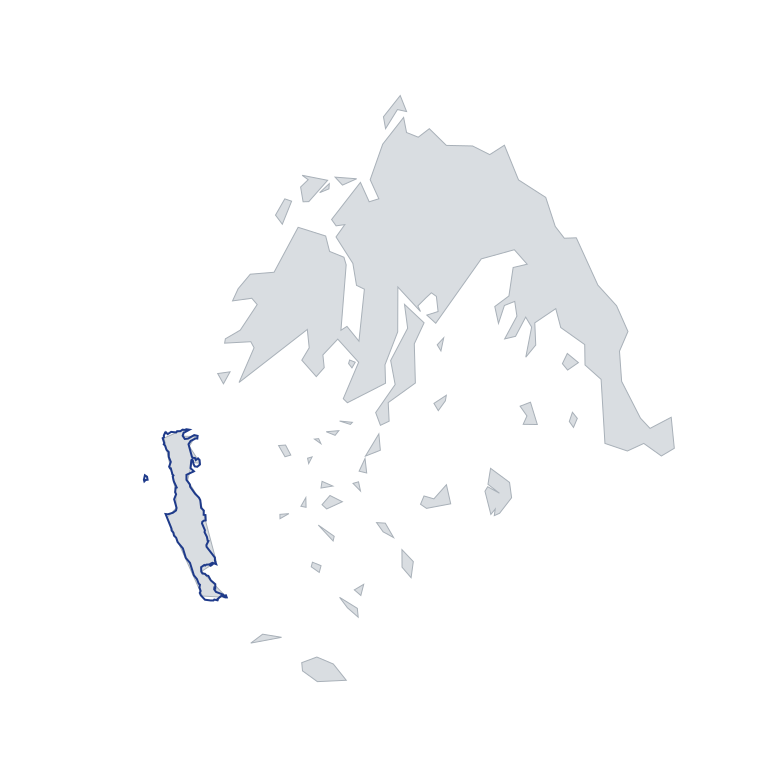 Kriti on a map of Greece (Robinson projection), rotated 70°
{"feature_id": "GRC-2990", "entity_name": "Kriti", "entity_type": "Region", "adm_level": 1, "iso_a3": "GRC", "parent_name": "Greece", "parent_adm1": "", "projection": "robinson", "projection_center": [24.784, 35.251], "detail": "medium", "context": "in_parent", "style": "outline", "palette": "blue", "viewbox_px": 768, "rotation_deg": 70, "n_neighbors": 0, "source": "natural_earth", "source_scale": "10m", "svg_char_len": 5664}
<svg xmlns="http://www.w3.org/2000/svg" viewBox="0 0 768 768"><g transform="rotate(70 384 384)"><path d="M513.5,125.5L543.7,133.2L546.5,148.0L528.7,160.2L530.2,178.2L515.4,196.7L453.9,178.4L434.9,188.6L415.6,181.9L391.4,198.6L371.9,196.8L378.1,221.4L399.3,228.1L407.3,241.6L381.0,225.8L369.6,228.0L384.2,244.1L382.9,255.2L365.7,235.9L351.1,232.9L351.4,244.0L366.2,255.7L349.1,253.4L344.0,236.5L318.7,222.8L320.4,208.5L302.4,215.6L299.7,249.8L344.6,314.6L333.9,320.2L334.4,308.4L319.6,304.8L314.5,308.3L317.3,315.0L322.2,325.5L328.4,324.9L297.6,337.8L339.7,353.3L366.3,376.5L383.8,382.3L389.1,424.8L383.9,427.3L354.9,400.4L326.0,412.1L335.8,431.5L348.2,434.6L353.9,445.1L333.5,453.1L324.4,441.9L306.5,437.4L333.0,519.7L305.5,493.7L298.7,494.7L291.1,519.8L287.3,517.6L284.2,500.6L266.0,476.0L258.2,478.9L254.1,497.9L244.6,488.5L235.1,472.1L241.4,449.1L207.4,411.1L225.0,388.2L240.8,389.8L251.2,378.3L259.1,378.8L318.8,406.1L317.2,399.1L335.2,392.9L288.2,370.0L281.9,376.1L260.0,372.0L229.4,378.8L220.8,366.3L219.0,374.9L211.5,377.0L186.5,337.2L207.7,335.6L208.2,325.5L187.3,327.1L158.2,303.2L140.2,274.4L155.4,276.8L163.8,267.4L159.6,254.1L181.1,243.8L190.6,219.4L204.6,206.2L200.8,189.2L238.2,187.8L264.0,168.2L294.5,169.2L308.7,164.7L312.4,153.3L364.3,149.2L390.0,138.7L418.1,136.8L433.7,151.5L462.8,159.8L503.8,154.7L516.7,149.2L513.5,125.5ZM375.9,588.3L395.6,583.8L392.0,591.3L407.4,601.5L430.4,596.6L493.7,602.3L497.6,619.3L530.7,604.9L521.1,627.2L435.3,633.5L429.6,621.9L414.2,616.5L359.6,609.2L358.2,588.3L364.7,589.9L368.7,579.3L375.9,588.3ZM340.2,325.4L356.6,341.8L393.8,354.2L402.9,386.4L420.7,391.9L421.6,401.5L408.0,401.6L388.3,373.7L364.2,369.7L339.7,342.7L316.2,337.5L340.2,325.4ZM534.5,303.0L545.0,319.6L545.4,325.4L539.5,322.2L543.1,328.2L519.3,325.8L516.0,321.7L526.1,312.9L513.8,320.6L499.7,312.7L519.4,299.7L534.5,303.0ZM625.7,558.7L617.7,556.6L617.6,540.5L629.8,527.4L649.5,520.8L640.9,548.4L625.7,558.7ZM515.4,386.6L509.5,390.8L502.9,384.7L509.0,376.4L500.0,359.8L519.4,362.3L515.4,386.6ZM173.3,367.3L186.9,392.3L185.1,397.7L170.4,395.0L166.1,385.4L159.9,389.5L173.3,367.3ZM144.6,295.2L132.7,293.1L118.5,270.1L135.7,269.6L130.7,277.5L144.6,295.2ZM474.5,253.8L469.5,267.0L462.9,260.6L451.4,263.7L451.2,252.6L474.5,253.8ZM560.9,417.2L575.3,424.8L562.3,429.7L545.8,423.8L560.9,417.2ZM433.7,206.7L425.9,209.4L418.0,201.3L430.4,194.0L433.7,206.7ZM180.6,408.3L199.1,424.9L188.2,428.2L176.1,413.9L180.6,408.3ZM481.8,480.6L476.2,483.5L470.3,472.9L480.4,463.4L481.8,480.6ZM445.0,410.1L445.4,426.1L429.1,405.9L445.0,410.1ZM587.0,566.9L581.9,597.8L577.6,583.6L587.0,566.9ZM182.9,355.0L172.9,359.2L181.8,339.5L182.9,355.0ZM328.9,534.8L317.3,536.7L319.9,524.5L328.9,534.8ZM569.3,498.7L585.7,485.8L594.3,488.0L581.8,494.9L569.3,498.7ZM511.7,438.4L515.2,430.4L531.6,427.5L522.6,435.4L511.7,438.4ZM462.4,467.0L460.2,478.8L454.3,475.5L462.4,467.0ZM461.7,430.7L457.4,437.2L447.5,427.3L461.7,430.7ZM427.6,342.1L419.3,343.7L415.9,329.3L420.8,332.1L427.6,342.1ZM489.6,220.8L482.6,222.7L475.0,216.6L482.4,214.1L489.6,220.8ZM418.9,495.9L418.5,501.9L405.8,504.1L407.7,497.4L418.9,495.9ZM514.1,485.5L494.1,494.0L510.1,482.9L514.1,485.5ZM410.5,429.4L403.6,438.4L409.2,426.8L410.5,429.4ZM476.5,442.7L466.8,447.1L467.2,441.4L476.5,442.7ZM538.9,509.3L530.9,514.9L527.0,512.2L533.2,505.3L538.9,509.3ZM574.8,478.1L567.3,482.3L565.3,471.6L574.8,478.1ZM415.5,447.5L409.1,454.6L412.4,442.4L415.5,447.5ZM181.8,369.0L182.2,379.0L177.0,366.9L181.8,369.0ZM473.2,499.4L470.5,503.9L464.0,496.3L473.2,499.4ZM372.4,319.2L365.4,320.6L361.0,312.1L372.4,319.2ZM357.9,408.6L352.7,410.3L349.7,408.1L353.7,403.6L357.9,408.6ZM418.5,463.7L412.0,468.2L413.0,464.1L418.5,463.7ZM473.3,517.7L475.0,527.8L470.9,526.4L473.3,517.7ZM433.0,482.0L427.6,481.2L427.9,476.5L433.0,482.0Z" fill="#d9dde1" stroke="#a8b0b8" stroke-width="1"/><path d="M530.7,604.8L530.2,606.2L527.3,609.0L529.4,614.6L530.8,613.7L528.5,617.2L529.1,618.3L528.1,621.0L525.5,626.0L520.0,628.4L517.3,628.6L515.8,627.1L512.0,627.0L509.7,625.6L508.2,626.4L503.3,626.5L498.7,628.1L485.7,627.5L479.7,629.7L469.7,629.2L461.9,632.0L457.4,631.9L454.7,633.2L451.6,632.8L449.1,633.7L446.9,633.2L431.5,633.7L432.5,631.7L432.8,626.5L431.7,622.7L429.5,621.3L420.5,620.6L416.5,617.1L414.2,617.3L410.5,615.4L410.4,614.2L403.5,614.8L398.8,614.2L397.9,613.1L396.6,613.7L390.4,613.2L390.2,613.9L388.2,614.2L384.3,611.0L379.0,611.2L374.3,609.6L371.4,610.9L367.0,610.8L365.3,611.6L364.4,610.7L359.2,610.5L358.8,609.0L357.1,608.5L354.9,606.4L355.4,605.9L354.9,605.4L357.1,604.4L356.2,600.4L358.4,595.9L357.6,594.6L358.7,591.5L358.0,588.9L359.0,587.0L358.9,585.2L360.4,582.5L361.4,589.1L363.8,590.9L367.5,590.0L368.3,586.9L367.1,579.8L369.0,576.9L371.4,578.1L370.7,579.4L371.4,585.2L373.7,588.3L386.8,589.4L388.0,588.9L388.8,587.0L391.1,586.9L390.3,584.2L392.4,583.3L396.7,584.5L397.9,587.8L396.7,590.0L394.1,590.4L390.3,589.8L389.4,590.4L389.7,591.1L396.9,594.6L401.0,592.5L401.8,600.7L406.5,602.4L412.0,600.8L414.3,601.3L422.4,599.1L427.6,596.7L430.4,596.4L437.9,598.2L441.3,596.6L445.2,598.2L446.1,596.6L451.2,598.2L450.8,599.9L451.3,601.8L452.7,602.7L460.2,602.3L461.8,603.3L467.1,602.7L471.0,603.3L471.5,602.7L474.6,606.0L476.3,606.4L489.3,602.3L492.3,603.3L495.9,603.3L493.3,606.4L493.6,608.7L494.2,609.0L494.2,607.7L495.0,607.2L495.5,609.0L493.8,610.0L493.0,612.7L493.4,614.2L492.6,614.8L493.6,618.5L497.8,619.9L500.0,619.4L501.1,617.2L503.3,616.2L504.2,614.7L509.3,613.9L514.4,611.0L518.1,612.4L517.4,613.1L518.8,613.8L521.9,613.0L526.9,607.2L529.1,606.9L528.6,605.9L529.5,605.9L529.0,604.8L530.7,604.8ZM393.1,638.9L392.7,640.9L393.5,642.5L391.9,642.4L388.0,639.9L390.1,638.4L393.1,638.9Z" fill="none" stroke="#1e3a8a" stroke-width="2"/></g></svg>